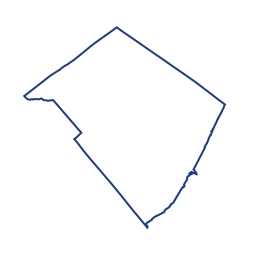 the district of Quilmes, Buenos Aires, Argentina, rotated 83°
{"feature_id": "61730980B6528535412911", "entity_name": "Quilmes", "entity_type": "district", "adm_level": 2, "iso_a3": "ARG", "parent_name": "Argentina", "parent_adm1": "Buenos Aires", "projection": "albers", "projection_center": [-58.244, -34.74], "detail": "fine", "context": "isolated", "style": "outline", "palette": "blue", "viewbox_px": 256, "rotation_deg": 83, "n_neighbors": 0, "source": "geoboundaries", "source_scale": "gbopen_adm2", "svg_char_len": 5368}
<svg xmlns="http://www.w3.org/2000/svg" viewBox="0 0 256 256"><g transform="rotate(83 128 128)"><path d="M229.3,121.0L229.1,120.8L228.7,120.7L228.6,120.8L228.3,120.8L227.9,120.7L227.7,120.8L227.2,121.2L227.0,121.4L226.7,121.4L225.5,121.7L225.4,121.6L225.0,121.3L224.7,121.1L224.6,120.9L224.4,120.6L224.4,120.4L224.2,120.1L224.0,119.9L223.9,119.6L223.9,119.3L223.5,118.6L223.4,118.2L223.1,117.8L222.9,117.6L222.7,117.3L222.6,117.0L222.4,116.6L222.3,116.2L222.2,115.9L222.0,115.6L221.8,115.3L221.5,115.2L221.2,115.1L221.0,114.9L220.7,114.5L220.5,114.2L220.4,114.0L220.0,113.4L219.9,113.0L219.7,112.6L219.4,112.3L219.3,112.0L219.0,111.3L219.0,111.0L218.9,110.8L218.9,110.5L218.8,110.2L218.5,109.9L218.5,109.7L218.3,109.3L218.2,108.8L218.1,108.5L218.0,107.9L217.8,107.5L217.6,107.0L217.4,106.6L217.3,106.1L217.2,105.7L217.0,105.4L216.8,104.9L216.4,104.2L216.3,103.7L216.2,103.5L216.2,103.1L216.1,102.9L216.0,102.7L215.8,102.3L215.4,102.0L215.1,101.9L214.8,101.7L214.5,101.6L213.9,101.2L213.5,100.7L213.4,100.4L213.2,100.1L213.2,99.8L213.0,99.5L212.8,99.3L212.6,98.9L212.4,98.4L212.3,98.2L212.2,97.9L212.1,97.6L212.0,97.3L211.7,97.0L211.3,96.7L211.1,96.4L210.9,96.1L210.6,96.0L210.5,95.9L210.4,95.7L210.2,95.6L209.9,95.4L209.5,95.0L209.3,94.8L209.1,94.8L208.8,94.5L208.8,94.3L208.7,94.0L208.6,93.8L208.1,93.2L207.9,92.9L207.9,92.7L207.8,92.4L207.4,91.8L207.2,91.7L206.8,91.5L206.7,91.4L206.4,91.3L206.1,91.1L205.9,90.8L205.7,90.6L205.1,90.2L204.7,89.9L204.4,89.7L204.2,89.5L203.8,89.2L203.6,89.1L203.4,88.9L203.2,88.7L202.5,88.3L202.1,88.1L202.1,87.8L201.8,87.6L201.6,87.5L201.3,87.3L201.0,87.1L200.9,86.8L200.5,86.5L200.3,86.4L200.0,86.3L199.7,86.1L199.3,85.8L198.7,85.3L198.4,85.1L198.4,84.9L198.1,84.6L197.9,84.5L197.7,84.5L197.3,84.2L196.9,83.9L196.5,83.6L196.1,83.2L195.3,82.6L194.8,82.2L194.7,82.0L194.4,81.7L194.1,81.6L193.7,81.3L193.5,81.2L193.4,81.0L193.2,80.8L193.2,80.7L193.3,80.5L193.4,80.4L193.5,80.2L193.3,79.9L193.1,79.7L192.8,79.2L192.5,79.0L192.1,79.0L191.6,79.2L191.5,79.3L191.1,79.3L190.9,79.3L188.8,77.6L188.5,77.4L187.4,76.5L187.2,76.3L187.1,76.2L186.8,75.9L186.6,76.0L186.4,75.9L184.8,75.3L184.3,75.2L184.0,75.1L183.8,74.9L183.5,74.9L183.3,74.7L183.3,74.4L183.2,73.9L183.1,73.6L182.5,73.1L182.3,72.9L182.0,72.9L181.9,72.8L181.8,72.6L181.6,72.7L181.3,72.7L181.2,72.7L180.9,72.5L180.6,72.4L180.5,72.1L180.5,71.9L181.2,71.9L181.4,71.8L181.5,71.8L181.7,71.6L181.7,71.2L181.7,70.9L181.6,70.4L181.4,70.2L181.2,70.0L180.7,70.6L180.4,70.9L180.1,71.1L180.0,71.5L179.3,70.4L179.5,70.2L180.0,69.5L180.2,69.1L180.5,68.8L180.5,68.5L180.7,68.1L181.0,67.6L181.6,66.7L181.9,66.2L182.1,66.0L182.2,65.6L181.6,65.7L181.2,65.7L180.5,66.0L180.1,66.2L179.8,66.5L179.5,66.6L179.2,66.8L178.9,67.0L178.7,67.1L178.4,67.3L178.1,67.3L177.8,67.4L177.6,67.4L177.5,67.5L177.4,67.7L177.2,68.0L175.3,66.7L169.7,62.8L160.7,56.7L160.4,56.5L156.7,54.0L156.4,54.3L156.1,54.2L155.8,54.0L155.5,53.7L155.2,53.5L154.9,53.5L154.7,53.2L154.4,52.9L153.8,52.5L153.4,52.1L153.2,51.9L153.1,51.7L152.8,51.5L152.1,51.2L151.9,51.1L151.5,50.9L150.8,50.4L150.5,50.3L150.2,50.1L150.0,49.9L149.7,49.8L149.4,49.6L149.1,49.6L148.6,49.2L148.3,49.2L148.2,49.2L147.8,49.0L147.2,48.4L146.9,48.3L146.7,48.2L146.4,48.0L146.2,47.8L145.8,47.7L145.5,47.4L145.3,47.0L145.3,46.8L144.9,46.6L144.6,46.6L144.1,46.4L143.9,46.2L143.7,46.0L143.4,45.8L143.2,45.7L142.9,45.5L142.6,45.4L142.3,45.3L142.0,45.4L141.8,45.5L141.7,45.7L141.6,45.8L141.4,45.7L141.5,45.4L141.6,45.2L141.7,44.9L141.3,44.7L141.1,44.5L140.8,44.4L140.5,44.3L140.2,44.2L139.9,44.2L139.7,44.2L139.5,43.7L139.4,43.6L139.1,43.4L138.8,43.5L138.7,43.5L138.5,43.2L138.2,42.8L137.9,42.6L137.6,42.4L137.2,42.2L136.6,42.0L136.1,41.7L135.9,41.5L135.6,41.2L135.2,41.0L134.9,40.8L134.6,40.7L133.9,40.1L133.4,39.8L132.9,39.5L132.4,39.3L132.1,39.1L131.8,38.9L131.4,38.7L131.0,38.6L130.9,38.5L130.7,38.2L130.4,37.9L129.8,37.5L129.4,37.2L129.0,37.1L128.8,37.0L128.6,37.0L128.5,36.8L128.4,36.6L128.1,36.3L127.7,36.1L127.4,35.9L127.1,35.8L126.8,35.6L126.6,35.4L126.0,35.1L125.8,34.8L125.5,34.6L125.2,34.3L124.9,34.1L124.6,34.0L124.3,33.9L124.2,33.6L123.7,33.4L122.8,32.6L122.2,32.5L121.9,32.4L121.7,32.1L121.1,31.6L120.7,31.4L120.2,31.0L119.9,30.9L118.6,30.1L117.7,29.7L117.4,29.6L117.0,29.4L116.8,29.1L116.5,28.9L116.2,29.3L93.1,52.9L87.5,58.9L59.7,90.0L57.3,92.8L44.5,107.1L32.4,120.8L26.7,126.9L30.3,133.3L36.8,145.3L40.2,151.5L40.7,152.3L42.4,155.2L45.0,159.2L53.8,173.3L58.0,181.3L58.0,181.8L59.9,185.5L60.4,186.5L61.0,187.4L61.7,188.3L62.6,190.4L66.5,198.5L76.3,214.8L83.6,227.1L86.1,225.3L86.4,225.0L86.6,224.7L86.9,224.4L87.1,224.2L87.3,223.9L87.6,223.3L87.7,222.8L87.8,222.5L88.1,221.8L88.1,221.4L87.9,221.0L87.8,220.6L87.7,220.3L87.7,219.8L88.0,219.3L88.1,218.7L87.9,218.2L87.9,217.5L88.0,216.9L88.1,216.2L88.1,215.5L88.2,215.1L88.5,213.9L88.6,213.4L88.7,212.7L88.5,212.0L88.3,211.7L88.2,211.3L88.2,211.0L88.2,210.4L88.3,209.9L88.6,209.6L88.9,209.5L89.2,209.3L89.4,209.0L89.8,208.5L90.1,208.2L90.3,207.8L90.3,207.4L90.4,206.7L90.4,206.3L90.6,205.5L90.8,205.2L90.9,204.9L91.1,204.6L91.2,204.0L91.2,203.2L91.2,202.8L91.1,202.3L91.2,201.9L91.2,201.5L91.1,200.9L91.1,200.4L91.2,200.0L91.2,199.7L91.3,199.2L91.3,198.8L105.7,189.2L122.9,177.7L127.0,174.9L130.7,179.8L132.5,182.7L135.1,180.8L140.6,177.6L146.7,174.0L155.5,168.3L172.2,157.2L182.3,150.6L192.2,144.3L211.3,132.5L228.2,121.6L228.9,121.2L229.3,121.0Z" fill="none" stroke="#1e3a8a" stroke-width="2"/></g></svg>